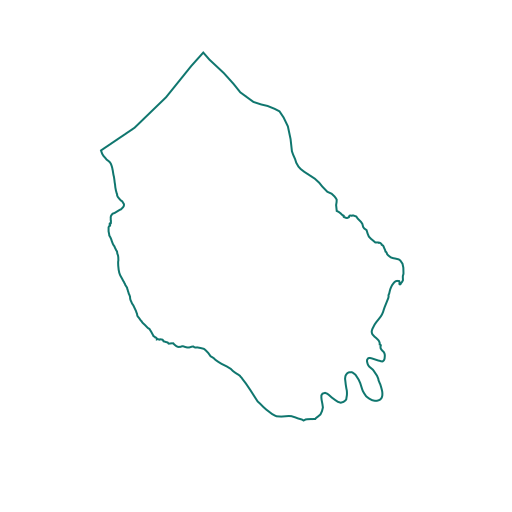 Xanakharm, Vientiane, Laos, rotated 309°
{"feature_id": "54806243B76912612814401", "entity_name": "Xanakharm", "entity_type": "district", "adm_level": 2, "iso_a3": "LAO", "parent_name": "Laos", "parent_adm1": "Vientiane", "projection": "albers", "projection_center": [101.544, 18.104], "detail": "fine", "context": "isolated", "style": "outline", "palette": "teal", "viewbox_px": 512, "rotation_deg": 309, "n_neighbors": 0, "source": "geoboundaries", "source_scale": "gbopen_adm2", "svg_char_len": 6142}
<svg xmlns="http://www.w3.org/2000/svg" viewBox="0 0 512 512"><g transform="rotate(309 256 256)"><path d="M229.8,439.7L230.9,438.4L232.6,436.1L234.5,433.3L234.9,432.4L236.5,429.5L237.6,428.2L239.1,425.4L240.8,419.9L241.2,418.4L241.3,413.6L241.7,412.1L242.1,411.2L242.5,410.5L243.7,408.9L244.2,408.4L245.2,407.7L246.1,407.6L246.9,407.5L247.7,407.9L248.4,408.6L249.3,410.4L251.8,417.0L252.3,417.9L252.8,419.3L253.2,420.0L253.7,420.7L254.4,420.9L255.4,421.0L256.4,420.8L257.3,420.4L258.2,419.8L259.4,419.0L260.2,418.3L260.8,417.6L261.4,416.6L261.8,415.5L261.9,414.0L262.1,412.7L262.6,411.1L263.8,409.8L264.4,409.6L264.9,409.4L265.3,408.9L265.3,408.3L265.1,407.8L266.3,406.8L267.2,405.3L267.6,404.0L267.7,403.1L267.9,401.0L267.9,398.6L268.1,397.7L268.2,396.8L268.4,395.8L268.7,395.1L269.3,394.3L269.9,393.6L271.1,392.9L272.7,392.3L277.5,391.3L280.4,391.1L283.9,391.1L287.6,391.0L289.8,390.7L292.4,390.0L294.9,389.0L297.1,388.2L306.5,385.3L307.9,384.6L308.7,383.8L309.8,383.3L310.3,383.3L313.4,381.8L315.1,381.1L317.2,380.5L319.1,380.1L321.9,380.0L323.1,380.1L324.4,380.5L325.4,381.3L326.0,382.1L326.6,383.1L326.0,384.0L324.7,384.9L324.4,385.3L324.5,385.7L324.7,385.9L325.2,386.0L326.3,385.8L327.9,385.8L328.9,385.6L329.7,385.4L331.3,384.0L332.2,383.2L333.1,382.6L334.8,381.9L335.6,381.3L339.6,377.9L342.2,374.7L343.3,371.0L343.2,369.1L341.7,365.9L340.6,363.9L339.8,361.8L339.7,360.0L339.7,358.3L339.9,357.0L340.2,356.3L340.5,355.9L340.9,355.1L341.0,354.6L341.0,354.3L340.9,353.9L341.8,352.7L343.0,350.3L343.6,349.3L344.0,348.4L344.0,347.6L343.8,346.7L344.1,346.4L344.3,345.6L344.3,344.8L344.3,344.3L344.1,343.8L344.0,343.5L343.5,343.2L343.5,342.6L341.6,340.2L341.7,337.0L341.7,334.5L342.1,331.5L343.6,328.7L345.7,325.6L345.5,322.8L346.0,321.0L347.9,318.4L348.6,316.0L349.1,311.4L349.8,309.1L348.6,305.8L347.5,305.1L347.2,304.3L346.7,303.7L346.3,303.4L345.7,303.4L345.4,303.4L345.1,303.7L344.6,303.8L344.1,303.5L343.8,303.4L343.3,303.2L342.7,302.7L342.2,301.8L342.2,301.3L341.7,300.3L341.6,299.6L341.8,299.2L342.4,299.0L342.5,298.5L342.2,297.6L342.2,296.4L342.4,295.0L342.3,292.6L342.0,291.1L341.8,290.4L346.0,286.2L348.6,284.7L350.5,283.3L351.1,281.9L351.7,279.5L352.0,275.6L350.8,271.0L351.7,263.7L352.7,259.1L353.1,253.1L351.8,240.5L351.7,236.0L352.2,232.7L353.8,228.6L355.9,225.4L358.1,221.1L360.0,218.0L368.6,209.3L376.8,199.2L381.0,190.3L383.2,183.2L382.1,177.9L379.9,170.6L377.0,164.6L374.1,157.0L373.8,150.7L373.3,140.8L375.6,130.3L377.9,115.8L379.3,96.2L380.9,87.0L363.0,86.1L322.8,86.2L279.2,80.9L240.5,69.1L239.6,70.5L238.6,72.2L237.8,74.4L237.3,77.5L236.9,79.2L237.0,81.6L236.9,83.4L236.4,85.0L235.8,86.1L235.0,87.4L233.7,89.2L233.2,89.7L232.7,90.4L229.4,94.1L228.1,95.8L227.0,97.0L225.5,98.6L224.4,99.7L222.9,101.4L221.7,102.6L220.7,103.6L219.7,104.8L218.6,106.1L218.2,106.7L217.1,108.2L216.6,109.2L216.0,109.6L215.5,110.3L214.9,111.6L214.3,114.6L214.2,115.6L214.1,116.0L214.3,117.6L213.2,120.7L212.8,121.1L212.2,121.5L211.6,121.8L210.3,122.0L208.1,121.8L207.2,121.7L206.2,121.1L203.4,120.1L200.6,119.1L199.2,118.3L199.0,118.1L198.1,117.9L196.3,118.0L195.6,118.2L194.4,118.9L193.2,120.0L192.5,120.4L192.1,121.1L190.1,122.6L189.9,122.6L189.3,121.9L188.7,122.1L188.4,122.5L188.2,123.2L187.7,123.5L186.8,123.1L186.2,123.2L185.5,123.4L182.4,125.9L180.4,128.3L179.6,129.1L178.8,131.2L177.8,133.1L177.1,134.1L176.4,135.3L175.4,137.0L174.8,138.4L174.4,139.9L173.6,141.3L173.0,142.7L172.4,143.9L172.1,145.1L170.6,146.7L169.6,148.4L168.4,149.7L167.6,150.4L166.1,151.7L164.6,152.6L163.4,153.6L161.8,155.0L160.2,156.6L158.7,158.1L157.7,159.4L157.2,159.9L156.6,160.8L155.7,162.3L155.3,163.2L154.1,166.2L153.1,168.5L152.6,170.0L152.2,170.6L151.9,171.6L151.3,172.5L150.2,175.8L149.8,176.3L149.5,176.5L148.8,177.8L148.2,178.5L147.5,179.7L146.6,180.9L146.3,181.7L146.0,182.2L145.1,183.7L143.9,184.8L143.0,185.9L142.6,186.6L141.8,188.2L141.1,189.5L140.4,191.8L137.6,197.6L137.0,198.4L136.2,199.9L135.2,201.0L134.8,201.6L134.5,202.6L134.3,203.8L133.3,207.3L133.3,208.2L132.9,209.1L132.7,210.1L132.5,213.1L132.1,216.3L132.0,217.6L132.1,218.0L132.1,218.5L132.3,218.9L132.1,219.6L131.8,220.3L131.5,221.3L131.1,222.4L130.3,224.3L129.7,225.8L129.5,226.2L129.2,226.8L129.4,227.6L129.4,228.6L129.3,229.0L129.6,229.3L129.6,229.7L129.6,230.4L129.4,230.9L128.8,231.4L129.6,231.9L129.9,232.7L130.1,233.5L130.7,233.7L131.1,234.1L131.2,234.5L131.5,234.8L131.7,235.3L132.0,235.7L132.1,236.0L132.1,236.4L131.5,237.9L132.0,238.7L132.1,239.3L132.7,240.7L133.0,241.3L133.2,241.8L132.9,243.2L133.8,244.2L134.7,245.0L135.8,246.3L136.1,246.7L135.9,247.3L135.8,248.6L135.8,250.4L136.0,251.7L136.4,252.8L137.8,254.4L139.4,255.4L140.1,256.4L140.6,257.9L141.6,260.1L142.8,261.6L145.3,263.3L146.2,264.2L146.3,265.6L147.0,266.9L147.9,267.7L149.6,270.8L151.0,273.8L151.1,274.7L151.0,276.6L150.6,279.9L149.5,283.8L149.8,285.7L150.0,287.5L149.8,289.1L149.8,290.4L150.0,293.3L150.5,297.1L151.8,302.9L152.0,304.5L152.4,307.4L152.1,310.4L152.2,313.0L152.4,315.1L152.6,316.3L152.7,317.6L152.8,318.8L152.5,319.8L152.3,321.5L151.8,323.2L150.6,328.2L148.2,336.1L145.5,344.2L144.0,348.8L143.8,352.2L143.3,356.6L143.1,360.7L143.2,363.9L143.3,367.9L143.9,371.2L144.4,372.9L147.1,376.7L152.3,382.2L153.8,384.3L155.3,388.1L156.2,390.9L157.0,392.7L157.8,394.6L158.1,396.5L160.3,397.5L161.6,398.8L163.4,400.8L166.6,404.6L167.8,404.6L169.2,404.9L169.3,405.0L173.4,405.8L177.0,404.9L180.4,403.3L182.8,400.7L185.5,397.5L187.1,395.9L188.9,394.5L190.9,394.3L193.1,395.8L193.8,398.0L193.9,399.9L193.7,403.9L193.9,408.2L194.2,411.4L195.3,414.2L197.7,415.8L200.2,416.4L201.5,416.3L202.1,415.9L204.9,414.3L205.9,413.6L206.9,412.8L207.9,411.9L208.7,411.1L210.0,409.5L212.8,406.4L214.2,405.0L216.6,402.5L217.4,402.0L218.9,401.1L219.9,400.8L221.1,400.7L222.1,400.7L222.9,400.9L224.0,401.4L224.7,402.1L225.9,403.5L226.2,404.4L226.3,406.5L226.3,408.1L225.3,411.2L224.5,413.6L223.7,415.2L222.8,417.0L219.3,422.3L218.3,424.0L217.4,426.3L216.8,428.2L216.3,429.9L216.3,431.5L216.4,433.6L216.7,435.3L217.0,436.9L218.1,439.2L218.9,440.3L219.6,441.1L220.3,441.6L221.2,442.2L222.2,442.7L223.0,442.9L224.8,442.9L225.7,442.6L227.0,442.0L228.5,440.9L229.8,439.7Z" fill="none" stroke="#0f766e" stroke-width="2"/></g></svg>